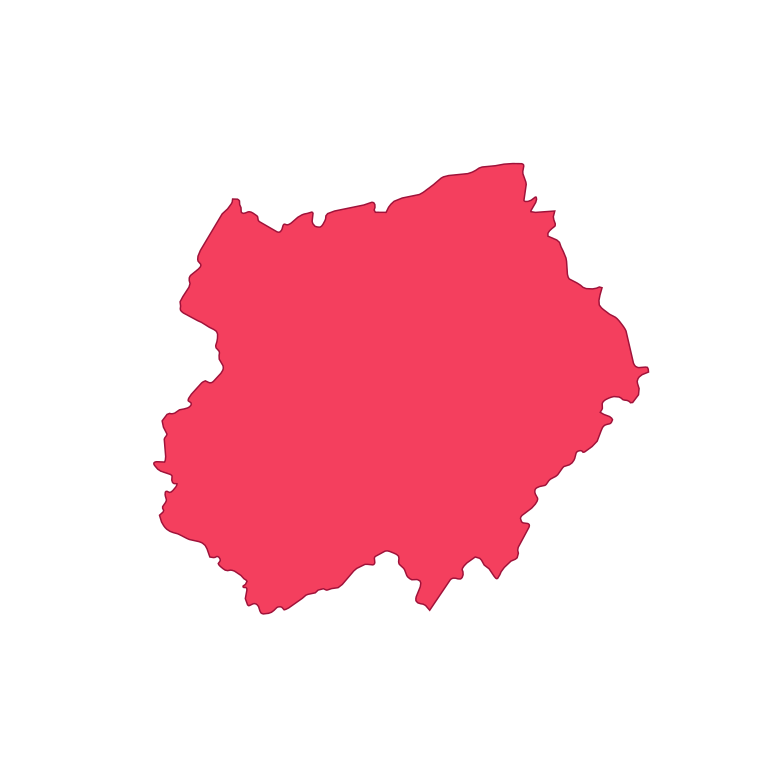 the border of Tambov, rotated 300°
{"feature_id": "RUS-2375", "entity_name": "Tambov", "entity_type": "Region", "adm_level": 1, "iso_a3": "RUS", "parent_name": "Russia", "parent_adm1": "", "projection": "natural_earth1", "projection_center": [41.398, 52.709], "detail": "fine", "context": "isolated", "style": "filled", "palette": "rose", "viewbox_px": 768, "rotation_deg": 300, "n_neighbors": 0, "source": "natural_earth", "source_scale": "10m", "svg_char_len": 6171}
<svg xmlns="http://www.w3.org/2000/svg" viewBox="0 0 768 768"><g transform="rotate(300 384 384)"><path d="M148.0,330.5L149.4,330.4L150.4,329.6L151.4,327.8L151.5,326.5L151.0,325.4L149.3,324.3L148.4,323.1L147.1,319.7L152.8,313.1L154.8,309.8L155.4,306.6L155.4,305.2L155.0,302.7L152.0,293.1L151.7,290.5L151.3,282.2L151.1,280.2L149.9,275.6L149.4,272.3L149.6,268.6L150.2,266.3L151.1,264.1L153.3,260.3L158.1,255.2L162.8,256.7L164.4,256.4L165.6,254.5L167.1,253.6L172.0,254.0L173.8,253.9L175.1,253.3L177.6,250.7L178.8,249.7L181.0,248.7L182.1,249.0L182.6,249.8L182.8,252.4L184.0,253.6L186.1,254.4L190.8,255.2L193.0,255.1L194.1,254.6L192.8,252.0L192.8,251.0L193.1,250.0L194.6,248.3L197.9,246.7L198.6,246.1L198.9,244.4L196.9,234.4L197.1,230.6L198.8,225.9L199.7,224.6L200.7,224.2L201.6,224.5L202.4,225.2L203.1,226.1L206.7,233.0L208.7,232.7L212.0,231.2L226.3,221.3L227.6,221.1L230.8,221.4L232.1,221.1L236.3,214.6L241.1,210.3L249.2,211.3L251.4,213.1L251.7,214.4L252.6,215.8L254.1,217.3L259.4,219.8L262.4,223.3L265.1,225.9L267.0,227.0L268.8,227.4L270.2,227.2L271.0,226.5L271.3,225.5L271.5,223.1L271.7,222.7L272.8,222.2L274.0,222.0L278.8,222.3L293.7,225.5L295.5,226.3L297.4,227.7L297.7,231.5L298.0,232.7L299.1,234.1L300.7,234.9L311.7,237.4L315.1,237.5L316.6,237.2L317.7,236.7L319.3,235.5L323.1,228.9L326.3,226.9L328.6,226.0L329.7,225.1L330.2,224.1L331.3,220.6L332.2,219.7L333.3,219.0L337.2,218.1L340.4,216.9L343.9,215.0L345.2,213.5L345.9,212.0L346.1,209.4L345.8,204.3L346.1,194.9L345.7,191.1L345.2,174.7L345.6,172.3L346.2,170.9L347.2,170.0L349.8,168.9L353.2,166.3L359.2,166.1L370.3,166.7L374.0,165.8L376.2,163.6L378.5,162.3L380.1,162.1L381.4,162.2L390.8,165.8L393.6,166.4L395.2,166.1L396.1,165.3L397.4,161.6L398.7,160.4L401.7,159.0L407.9,158.2L450.4,158.8L457.4,161.0L463.6,161.7L465.6,161.6L468.5,160.4L470.8,164.7L470.8,165.9L470.3,167.3L467.2,169.3L465.2,172.0L462.2,173.9L461.4,174.6L461.2,175.7L461.5,177.0L462.9,178.5L465.2,180.3L465.9,181.4L466.4,182.9L466.5,185.3L466.1,189.9L465.6,191.0L463.0,193.1L462.5,194.1L462.3,195.3L462.3,215.3L462.6,216.6L463.4,217.7L465.3,218.3L466.9,218.3L470.9,217.3L472.1,217.4L472.8,218.1L473.1,219.7L473.7,221.0L475.0,222.1L477.1,223.2L485.3,226.0L489.5,228.4L491.3,229.9L493.4,232.3L496.7,235.4L496.9,236.3L496.3,237.2L489.0,240.4L487.3,242.1L486.1,245.4L486.6,247.5L487.4,249.4L488.1,250.3L489.5,251.0L491.6,251.3L495.6,251.2L497.7,250.9L500.6,249.6L503.4,250.0L509.1,254.7L528.9,277.0L535.2,282.5L535.7,283.5L535.8,284.7L534.8,286.4L532.4,287.9L529.7,288.5L528.4,290.7L533.7,300.0L539.4,299.6L543.2,300.1L547.3,301.4L554.2,306.8L565.8,319.9L569.5,322.1L581.4,327.2L590.8,330.5L593.1,331.9L596.9,335.8L608.1,351.4L611.6,354.5L614.9,356.6L618.6,358.4L621.0,360.5L628.7,371.3L634.4,378.0L639.3,385.3L643.6,393.0L643.8,394.0L643.7,395.1L642.6,396.1L637.5,397.9L635.5,399.2L629.7,406.0L627.9,407.4L612.9,413.4L612.6,414.2L612.8,415.3L614.2,417.5L616.8,419.6L621.4,421.5L621.9,422.1L621.6,422.7L620.2,423.8L617.1,424.6L607.5,424.6L606.7,425.0L608.3,429.3L619.2,445.4L613.5,447.0L611.1,449.0L608.4,452.2L607.1,452.9L606.1,453.1L602.6,451.7L599.6,450.8L597.5,450.6L596.2,450.7L594.0,452.1L595.1,461.7L594.4,465.1L591.3,468.7L588.5,472.9L584.1,478.6L581.6,480.7L570.7,488.0L568.6,490.1L567.6,491.9L568.0,500.9L567.8,504.9L567.2,508.0L567.7,511.4L570.6,517.0L573.2,520.1L575.7,522.0L576.4,524.7L568.9,526.6L563.8,528.4L560.1,530.9L558.7,534.1L558.2,536.6L557.2,544.5L557.5,551.0L557.1,553.3L556.1,556.4L553.5,562.6L552.1,565.3L550.9,567.1L526.7,589.7L525.6,591.5L525.0,593.0L525.2,595.5L525.6,596.5L529.4,602.0L530.1,603.8L529.0,605.4L526.6,607.1L521.2,602.9L517.8,601.5L515.7,601.3L512.9,601.9L511.1,603.4L507.6,607.2L501.9,609.8L492.3,608.6L491.0,606.8L491.4,605.8L491.5,604.4L491.3,602.7L490.3,600.3L489.9,598.8L490.4,595.9L490.2,593.9L488.1,589.4L486.1,587.3L484.0,585.6L481.2,583.7L479.2,582.9L477.5,582.6L476.1,582.8L472.1,585.3L470.9,585.5L467.6,585.4L467.6,589.7L468.6,595.7L468.2,598.3L467.3,599.8L464.6,600.1L463.4,599.9L462.5,599.4L460.2,597.0L458.4,595.6L455.7,595.0L452.1,595.4L441.1,597.2L434.0,595.5L425.4,591.7L424.4,590.5L424.8,589.6L424.9,588.5L424.4,587.2L423.0,585.7L421.7,585.0L420.3,584.9L414.9,586.4L412.9,586.6L409.8,586.3L406.8,585.0L402.4,581.0L400.7,580.6L392.3,579.8L390.3,579.1L384.8,575.7L382.8,575.1L378.1,574.7L376.7,574.1L373.0,570.0L370.5,568.2L369.2,567.7L367.9,567.7L365.8,568.6L364.3,570.2L361.9,574.1L360.8,574.8L359.0,575.2L355.7,575.1L350.5,574.0L339.1,569.2L337.2,569.0L335.8,569.4L333.6,571.8L333.3,572.9L333.3,574.0L335.0,578.1L335.1,579.1L334.8,580.1L333.9,580.8L332.3,581.2L309.6,581.9L306.9,582.9L304.6,585.0L300.1,586.2L298.0,585.4L294.1,582.5L285.3,579.9L280.0,579.3L276.7,579.7L272.4,579.6L271.7,578.8L271.7,577.8L272.5,575.6L276.5,567.4L277.3,561.3L280.2,556.5L280.9,554.1L279.8,549.5L270.6,545.3L266.6,544.3L263.8,544.1L262.3,544.5L260.8,546.3L258.3,547.9L255.7,548.4L254.4,548.2L253.5,547.8L253.1,547.2L252.2,545.4L251.6,543.1L250.4,540.9L249.0,539.8L247.6,539.3L210.9,536.7L213.0,530.7L212.9,528.0L212.0,525.5L211.4,522.8L211.8,521.2L212.3,520.0L214.1,518.9L215.8,518.3L226.5,516.8L230.0,515.4L231.4,513.7L231.4,511.6L231.2,510.4L228.4,506.0L228.3,503.6L228.8,500.9L229.5,499.5L233.4,494.7L234.2,493.1L235.5,487.4L236.5,486.2L237.6,485.4L240.5,484.1L242.1,482.7L242.5,481.3L242.7,479.9L242.5,477.3L241.8,472.4L241.1,470.2L239.8,468.5L230.7,462.9L229.6,462.5L228.4,462.7L224.8,465.3L223.7,465.6L222.6,465.4L221.8,464.8L219.5,459.7L218.3,457.7L210.7,452.6L207.0,451.3L189.6,448.1L184.7,446.1L180.6,440.9L177.3,438.0L176.7,437.1L176.4,433.9L172.6,430.0L168.8,428.9L163.8,423.3L162.1,422.0L157.5,420.4L142.4,413.4L139.7,411.6L138.5,410.4L139.5,407.5L139.5,406.7L139.2,405.5L138.1,403.9L136.9,403.0L132.9,401.9L130.1,400.7L127.7,398.7L124.5,394.4L124.2,392.8L124.3,391.8L125.5,389.9L128.5,386.7L129.4,384.5L129.5,383.1L129.0,381.5L128.0,380.4L124.9,378.3L124.3,377.5L124.5,376.3L128.8,371.2L137.0,368.3L138.4,367.3L138.7,366.2L137.7,364.4L137.8,363.4L138.6,363.0L141.3,364.2L144.7,364.0L145.3,362.2L145.3,360.2L146.7,355.8L147.2,348.0L146.7,345.6L146.0,344.0L144.2,341.9L143.4,339.5L143.6,336.8L144.2,333.3L144.9,331.2L145.7,330.2L148.0,330.5Z" fill="#f43f5e" stroke="#9f1239" stroke-width="1.5"/></g></svg>